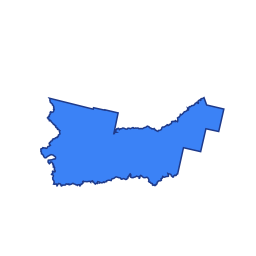 outline of Roque Pérez, Buenos Aires, Argentina, rotated 150°
{"feature_id": "61730980B72070825926911", "entity_name": "Roque Pérez", "entity_type": "district", "adm_level": 2, "iso_a3": "ARG", "parent_name": "Argentina", "parent_adm1": "Buenos Aires", "projection": "orthographic", "projection_center": [-59.27, -35.521], "detail": "fine", "context": "isolated", "style": "filled", "palette": "blue", "viewbox_px": 256, "rotation_deg": 150, "n_neighbors": 0, "source": "geoboundaries", "source_scale": "gbopen_adm2", "svg_char_len": 5941}
<svg xmlns="http://www.w3.org/2000/svg" viewBox="0 0 256 256"><g transform="rotate(150 128 128)"><path d="M181.2,193.1L181.1,192.0L181.9,190.9L182.0,190.0L182.3,189.6L182.4,189.1L181.5,186.4L181.9,185.8L181.5,185.0L181.6,183.7L182.1,183.0L182.1,182.4L182.3,182.0L183.1,181.5L182.7,180.9L184.5,179.4L186.5,179.6L186.6,180.6L187.1,180.7L188.0,180.0L188.2,179.3L188.6,178.8L189.6,178.6L189.8,178.1L190.4,177.9L190.5,177.3L191.1,177.6L191.5,177.3L191.9,177.4L192.6,177.1L192.4,176.8L192.6,175.8L192.1,175.3L192.4,173.8L191.9,174.0L191.4,173.5L191.2,173.0L191.4,172.7L191.3,171.6L190.8,169.9L190.7,168.3L190.1,168.0L190.1,167.2L189.5,165.9L190.1,165.4L190.1,164.9L189.9,164.2L189.5,163.9L189.6,163.5L189.1,162.8L189.5,162.5L189.7,162.0L189.1,161.4L188.6,160.6L188.6,159.9L188.4,159.7L189.1,159.4L189.1,159.1L189.4,158.4L189.8,156.9L191.6,156.7L192.0,156.6L192.1,155.9L193.1,155.4L193.6,155.7L194.1,155.1L194.4,155.2L194.6,155.5L195.5,155.7L196.4,155.6L196.8,155.3L198.2,156.0L199.1,155.9L199.2,155.4L200.1,154.9L201.0,155.1L201.9,155.0L202.3,154.4L203.4,154.5L204.1,153.9L204.2,153.3L203.9,153.0L203.9,151.8L204.6,151.9L205.1,151.6L206.6,152.0L208.5,151.0L209.4,151.5L209.5,152.0L210.0,152.4L210.8,152.6L211.0,153.1L211.6,153.6L212.4,153.1L213.7,153.5L214.3,152.9L214.6,151.9L215.0,151.6L215.2,151.1L215.0,150.6L215.8,148.9L215.3,148.1L215.0,146.4L215.2,145.7L215.2,144.7L214.9,143.8L214.0,143.2L211.9,143.6L208.0,143.5L206.4,142.0L205.8,140.3L205.4,139.7L205.3,139.2L205.7,138.2L206.9,137.6L207.5,138.2L210.0,138.6L213.1,140.0L213.8,139.3L214.3,138.3L214.0,136.4L213.2,136.7L212.6,136.6L212.0,137.2L211.1,136.6L210.9,134.9L211.2,134.5L211.2,134.1L210.8,133.8L211.5,132.9L211.2,132.4L211.2,131.9L211.5,131.7L212.0,131.8L212.2,131.6L211.5,130.7L211.4,130.3L211.5,130.1L212.4,129.3L212.5,127.2L212.8,126.8L213.1,126.6L213.6,126.7L214.2,127.9L214.9,128.3L215.4,127.7L215.6,126.5L216.0,126.2L217.2,126.3L217.5,126.0L216.5,124.8L216.4,124.1L216.7,123.6L218.2,122.5L218.2,122.1L218.7,121.4L218.8,120.9L218.6,119.3L218.8,118.6L219.2,118.1L219.2,117.6L220.5,116.6L219.6,115.9L218.2,115.5L218.1,115.2L218.3,114.4L218.1,113.9L218.3,113.4L218.0,113.4L216.9,114.5L216.3,114.3L215.7,114.6L214.5,113.3L214.9,112.6L214.5,112.0L214.7,111.1L214.4,111.0L214.0,111.5L213.6,111.6L213.2,111.0L212.0,110.7L211.1,110.0L210.1,110.1L209.7,110.5L208.9,110.2L208.7,109.7L207.1,109.1L207.1,108.7L207.6,108.6L207.3,108.2L206.4,107.9L205.5,107.9L204.9,107.6L203.9,107.8L203.1,107.4L202.9,106.7L202.1,106.0L201.4,104.7L200.7,104.4L200.6,103.6L199.4,103.8L198.2,103.1L198.2,102.7L198.7,102.3L198.6,101.9L198.1,102.2L196.8,102.5L196.5,102.9L195.9,102.5L195.2,102.9L194.6,102.8L194.3,103.1L194.1,104.1L193.4,104.3L193.2,104.2L193.2,103.6L191.9,103.1L190.4,102.0L188.2,101.2L187.7,100.7L187.4,99.6L186.8,100.3L185.9,100.0L185.3,100.1L185.1,99.8L185.5,99.0L184.8,98.5L184.9,97.8L184.4,95.8L183.5,96.0L182.9,95.8L182.4,95.2L182.1,95.2L182.2,96.0L181.0,96.7L179.9,95.6L180.0,95.2L180.4,94.9L180.3,94.6L178.9,94.5L178.3,93.7L177.2,93.3L176.3,93.6L175.8,92.7L175.3,92.9L173.4,92.3L173.0,93.0L170.9,92.5L169.3,91.4L169.0,90.9L168.7,91.0L168.2,91.5L167.2,92.0L165.5,91.4L163.2,91.7L162.5,91.5L161.9,90.7L161.4,90.3L161.2,89.9L159.8,88.8L159.4,87.7L159.5,87.1L158.8,86.7L157.3,86.5L156.6,85.9L155.8,84.6L154.7,84.2L154.0,84.8L153.0,84.7L152.7,85.0L152.5,85.7L151.6,85.9L149.3,87.2L149.0,87.2L148.9,86.4L149.1,85.7L150.4,84.7L150.2,84.0L149.6,83.5L149.4,82.9L148.8,82.8L148.4,82.4L147.5,82.4L146.5,82.0L144.6,82.0L144.3,81.5L143.5,80.9L143.3,80.4L142.8,80.0L142.9,79.4L143.5,79.0L143.4,78.8L143.0,78.8L142.4,79.2L142.3,79.6L142.3,80.3L141.8,80.4L141.4,80.2L140.7,80.6L140.1,79.8L140.2,79.4L139.3,77.3L138.2,76.5L136.2,75.9L135.6,74.4L135.8,72.7L136.3,71.9L136.8,71.6L136.6,70.4L136.4,70.2L135.8,69.9L135.9,69.0L134.7,67.7L134.8,67.1L135.3,66.7L135.1,65.9L133.6,65.5L133.4,65.1L133.6,64.8L133.4,64.6L132.7,64.7L132.1,65.2L131.8,64.8L131.4,64.9L130.3,65.7L129.9,66.4L129.1,66.4L128.2,66.9L127.0,66.5L126.7,66.2L125.4,66.0L125.1,66.2L124.9,67.4L124.6,67.5L123.7,67.3L122.1,68.7L121.8,68.3L121.6,67.4L120.4,67.0L119.6,67.0L117.3,66.0L116.8,66.3L116.2,68.6L115.6,67.7L114.9,67.4L114.1,66.3L114.4,64.8L113.9,64.0L113.9,63.3L113.4,62.9L112.9,63.0L112.6,63.5L112.3,63.6L111.0,63.7L110.4,62.9L109.7,63.0L109.0,63.6L108.0,63.4L89.8,83.2L76.9,71.2L60.9,88.4L51.2,79.6L35.5,96.5L48.4,108.6L47.0,116.3L48.5,116.2L49.2,116.6L50.6,116.7L50.9,116.5L50.9,115.9L51.1,115.6L51.3,115.6L51.5,116.4L53.3,116.5L54.1,115.9L54.3,114.7L54.8,114.2L55.1,114.4L54.7,115.5L55.6,115.9L56.8,115.6L57.6,115.7L58.3,115.1L58.9,115.1L59.5,114.8L60.6,115.0L61.5,115.5L63.3,115.2L63.9,115.7L64.8,115.6L66.3,113.9L66.4,114.6L66.2,115.0L66.4,115.4L66.5,114.9L66.9,114.6L66.5,114.3L66.8,113.7L69.9,113.5L71.1,113.9L72.8,113.2L75.0,112.7L75.4,112.8L75.8,113.6L76.9,112.5L78.5,111.8L78.9,112.1L80.1,112.0L80.4,110.8L81.4,109.2L82.0,108.7L83.0,110.0L83.1,110.6L83.7,110.5L84.1,110.1L84.4,110.7L85.2,110.7L85.5,111.2L86.8,111.7L87.2,111.5L87.3,110.9L88.1,110.4L88.6,110.4L88.9,110.1L90.5,110.4L91.1,109.9L92.1,110.1L92.2,110.4L92.1,111.0L92.4,111.3L93.1,111.0L96.1,110.8L97.7,111.6L98.2,111.5L99.1,110.8L99.5,110.3L100.2,110.0L101.8,110.1L102.9,110.7L103.8,110.1L104.5,111.0L104.8,111.9L105.5,112.3L105.3,112.9L105.6,114.5L106.6,114.4L107.1,115.1L107.9,115.5L107.9,116.0L109.2,117.7L109.1,118.1L109.3,118.8L110.4,120.0L112.0,119.7L113.9,120.2L115.7,120.1L116.3,120.6L117.4,121.1L117.7,121.5L118.9,121.9L119.3,123.0L120.9,123.7L121.3,124.2L122.0,124.3L123.1,124.8L123.2,125.6L123.5,125.9L126.3,126.2L127.0,127.1L128.1,127.9L129.1,127.5L130.4,128.1L131.7,130.0L132.8,130.7L133.7,130.5L134.9,131.1L136.3,130.9L136.2,132.1L136.5,132.5L136.7,132.3L137.1,132.6L137.6,132.5L138.0,132.8L138.1,132.6L139.1,132.5L139.7,131.9L140.7,131.6L140.7,131.1L140.1,130.1L141.7,130.9L142.5,130.3L142.6,130.0L143.1,130.2L129.0,146.0L138.9,155.3L139.1,155.0L147.7,162.8L148.7,161.7L181.2,193.1Z" fill="#3b82f6" stroke="#1e3a8a" stroke-width="1.5"/></g></svg>